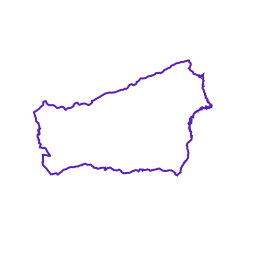 Tabio, Cundinamarca, Colombia (Natural Earth projection), rotated 59°
{"feature_id": "7082276B43625125336018", "entity_name": "Tabio", "entity_type": "district", "adm_level": 2, "iso_a3": "COL", "parent_name": "Colombia", "parent_adm1": "Cundinamarca", "projection": "natural_earth1", "projection_center": [-74.079, 4.952], "detail": "fine", "context": "isolated", "style": "outline", "palette": "violet", "viewbox_px": 256, "rotation_deg": 59, "n_neighbors": 0, "source": "geoboundaries", "source_scale": "gbopen_adm2", "svg_char_len": 5733}
<svg xmlns="http://www.w3.org/2000/svg" viewBox="0 0 256 256"><g transform="rotate(59 128 128)"><path d="M66.0,200.5L70.8,201.7L72.0,201.8L74.6,203.1L75.0,203.2L77.2,202.7L77.6,202.3L80.9,203.1L82.7,204.4L83.2,203.8L83.4,204.3L83.4,205.0L83.8,205.4L83.7,206.2L84.6,206.5L84.7,206.2L84.9,206.3L85.1,205.8L85.7,206.2L86.4,207.1L87.0,206.6L87.6,207.0L87.6,207.5L87.8,207.8L87.3,208.9L88.1,209.5L88.7,209.7L89.0,210.1L91.1,210.2L92.2,210.8L92.6,210.3L95.1,212.1L96.0,211.3L97.2,211.2L98.2,212.6L98.8,213.0L99.3,213.5L100.4,212.1L101.4,211.3L101.7,210.6L102.9,209.1L106.9,209.4L111.4,209.0L111.7,209.5L108.8,212.5L107.1,214.8L113.4,218.2L113.3,218.9L114.9,219.7L116.4,219.8L119.5,219.2L120.4,218.9L128.0,218.0L128.1,217.5L128.6,216.7L129.8,212.7L130.4,212.4L131.6,212.4L131.8,212.1L131.4,209.6L131.3,207.5L130.8,205.9L130.7,204.5L131.4,202.5L131.5,198.9L132.4,196.4L133.5,195.1L134.1,192.6L135.2,190.7L135.1,190.1L135.4,188.3L136.2,186.5L135.1,185.9L135.5,186.0L136.0,185.5L136.1,184.6L136.6,183.0L138.6,181.8L140.2,178.9L141.1,178.5L142.1,178.4L143.2,177.7L144.4,177.7L144.7,177.1L145.3,176.8L146.0,175.4L146.6,175.4L147.1,175.2L147.8,174.0L148.1,172.1L148.9,170.3L150.3,168.0L151.4,168.6L152.0,169.4L152.2,169.2L152.3,167.8L151.9,166.7L151.8,166.0L152.0,165.4L152.4,164.9L152.8,163.6L153.5,163.2L154.5,163.0L155.8,162.1L156.5,162.1L157.0,161.7L157.6,160.6L158.7,159.3L158.9,158.7L159.0,157.4L159.2,156.9L160.5,156.3L161.4,156.1L162.3,156.2L163.3,155.8L164.1,155.3L164.8,154.7L165.4,153.5L165.6,152.6L166.9,150.5L167.4,148.1L167.3,146.2L167.7,144.9L168.0,143.1L168.7,142.3L169.9,141.5L170.6,141.3L169.6,139.1L169.9,138.9L171.4,136.6L172.1,137.0L172.2,136.1L173.0,134.6L173.5,132.7L173.8,132.3L174.8,131.3L176.0,131.1L176.3,130.8L176.4,130.3L176.3,129.7L177.9,125.4L178.6,122.4L179.2,122.0L179.4,121.6L182.0,120.5L182.9,119.7L184.4,117.6L184.9,116.3L185.5,114.3L186.7,112.7L187.7,112.0L190.9,110.7L191.8,111.3L192.2,111.3L194.0,110.2L193.4,108.9L193.1,105.7L192.3,105.4L191.5,104.8L191.1,104.2L190.2,103.8L189.6,103.0L188.6,101.1L188.2,100.9L188.0,99.7L187.8,99.4L187.4,99.0L187.0,98.0L186.6,97.8L186.4,97.2L186.5,96.7L186.1,96.4L186.1,96.0L185.8,95.4L185.9,94.7L185.8,94.4L184.5,92.0L183.6,91.2L182.4,90.8L182.4,90.6L180.1,88.8L179.2,88.7L178.4,88.2L176.0,87.8L174.4,86.6L173.3,86.7L171.5,84.6L171.4,83.3L170.9,80.8L170.4,79.3L169.3,78.5L168.6,78.5L168.6,77.9L168.1,77.7L167.6,77.2L167.4,77.3L167.7,77.9L167.1,78.0L166.4,77.4L165.4,77.1L164.2,75.9L163.7,75.7L162.9,76.5L162.4,76.5L162.1,76.3L161.8,75.7L161.1,75.5L161.3,75.7L160.7,76.0L160.0,75.5L159.4,75.7L159.0,74.5L158.4,74.6L158.0,74.0L156.8,73.9L156.7,72.7L156.2,73.3L155.8,73.0L155.6,73.1L155.6,73.5L155.1,73.2L155.0,73.3L154.9,73.0L155.1,72.7L155.6,72.8L155.7,72.2L156.0,71.6L156.0,71.2L155.6,71.1L155.6,71.6L155.1,71.6L154.9,72.2L154.7,72.2L154.3,71.8L154.7,71.5L154.6,71.0L155.1,70.9L155.3,70.7L155.2,70.3L154.2,69.7L154.1,70.5L153.8,70.7L153.2,70.8L152.5,70.5L152.0,70.0L151.9,69.1L152.4,69.0L151.5,68.6L151.2,68.2L151.2,67.3L151.8,66.5L152.1,66.7L152.2,67.3L152.6,66.6L152.3,66.3L151.8,66.2L150.9,65.6L150.3,64.8L149.9,64.6L149.6,64.3L149.6,63.1L149.2,62.6L149.1,62.0L149.3,61.1L148.9,60.7L149.0,60.3L149.6,59.7L149.1,59.3L149.0,59.0L149.2,58.3L149.5,57.9L149.4,56.9L148.6,56.2L148.5,55.2L148.2,54.6L148.3,53.9L148.7,53.9L148.9,54.7L149.4,55.4L149.8,55.6L150.1,55.2L149.5,54.0L149.5,53.0L150.6,52.2L150.6,51.8L150.9,51.5L151.5,51.1L151.3,51.0L150.7,51.4L150.2,51.1L149.7,50.1L149.9,49.6L150.5,49.6L150.9,50.0L151.1,49.1L151.3,48.9L151.9,49.0L151.9,49.3L152.1,49.4L152.8,48.1L152.8,47.9L152.3,47.8L152.1,47.5L151.5,47.2L151.4,46.6L151.7,46.2L152.6,46.4L153.0,45.7L151.7,44.6L151.0,44.7L150.8,45.1L150.3,45.0L148.9,45.6L147.9,45.4L147.6,45.6L147.2,46.2L146.6,45.9L146.3,46.2L145.8,46.0L145.1,46.0L144.9,45.7L144.9,45.3L144.6,45.1L143.2,45.2L142.1,45.9L141.1,45.0L140.6,44.9L139.7,45.1L139.4,44.8L138.8,44.8L138.4,44.2L136.6,44.3L134.8,43.6L132.2,43.5L131.6,43.2L131.3,42.9L131.1,41.7L130.1,42.0L129.8,41.6L129.3,41.6L129.0,40.9L128.2,40.3L127.3,40.1L127.0,39.5L126.5,39.2L126.3,38.7L124.8,38.7L124.0,37.8L121.8,36.8L121.1,36.2L121.2,36.8L121.0,37.3L121.2,38.4L120.9,38.3L120.9,39.1L121.1,39.5L122.0,39.7L120.7,40.7L120.2,40.7L119.5,40.0L118.4,41.4L117.9,41.6L117.4,42.1L116.6,42.5L115.7,43.8L114.7,43.8L113.3,43.5L111.5,44.3L111.0,44.8L110.4,44.9L108.9,44.6L108.3,45.1L107.5,43.3L105.8,41.4L104.6,40.9L103.1,41.6L102.6,41.5L101.6,41.0L101.3,41.2L100.9,42.2L100.3,44.5L100.0,45.2L100.0,45.9L99.6,47.4L98.8,48.5L98.3,51.3L97.5,52.9L97.3,57.2L96.9,58.9L97.8,60.5L97.7,61.7L97.4,62.4L97.3,65.5L97.0,67.1L97.3,67.4L97.4,68.1L97.9,69.5L97.9,70.0L97.7,70.8L97.8,72.0L96.7,72.8L96.1,74.6L95.4,75.4L95.5,76.3L95.7,76.8L95.8,78.7L95.3,80.3L95.3,81.5L94.8,82.2L94.2,84.0L94.3,86.6L94.1,87.6L93.2,89.7L92.1,91.3L92.1,91.9L92.6,93.0L93.2,95.0L93.0,96.9L94.0,97.6L94.4,98.7L94.3,101.0L93.0,101.9L92.4,102.1L92.0,104.6L92.1,105.1L92.5,106.2L93.4,107.5L93.6,108.3L93.6,108.9L93.4,109.6L92.6,110.7L92.8,112.4L91.6,114.6L91.5,116.0L91.3,116.7L91.3,117.3L90.6,121.0L89.4,123.8L89.1,124.3L88.2,125.2L87.4,127.9L86.8,129.3L86.7,135.2L86.8,137.3L86.6,140.7L86.8,143.2L86.2,144.9L86.4,145.3L87.6,145.6L87.8,145.9L88.1,147.3L88.2,149.6L87.6,150.4L85.1,152.1L84.3,153.2L83.2,156.2L83.3,157.1L83.0,157.7L82.7,157.9L81.9,158.2L80.2,158.3L80.0,158.8L79.7,160.7L79.8,161.8L80.2,162.6L81.0,163.3L81.3,164.2L81.2,167.0L80.1,169.0L80.0,169.7L80.0,170.3L80.4,171.6L80.3,172.1L80.2,172.2L79.5,172.4L77.6,172.4L76.6,172.8L75.4,174.1L75.3,176.1L74.5,178.2L73.5,178.8L71.5,179.4L69.9,180.3L69.2,181.4L68.3,183.2L67.1,184.3L65.2,185.0L62.7,184.6L62.0,186.5L62.0,187.0L62.4,187.6L64.2,188.5L64.6,188.9L64.9,191.5L65.6,193.7L65.9,195.9L66.1,198.3L66.0,200.5Z" fill="none" stroke="#5b21b6" stroke-width="2"/></g></svg>